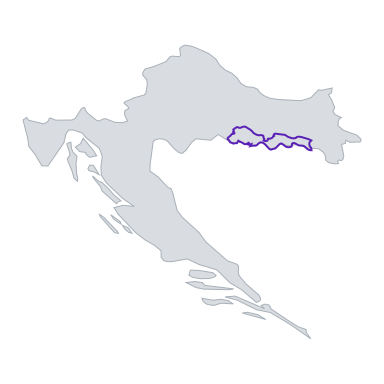 Brodsko-Posavska highlighted on a map of Croatia
{"feature_id": "HRV-1602", "entity_name": "Brodsko-Posavska", "entity_type": "County", "adm_level": 1, "iso_a3": "HRV", "parent_name": "Croatia", "parent_adm1": "", "projection": "robinson", "projection_center": [17.756, 45.221], "detail": "fine", "context": "in_parent", "style": "outline", "palette": "violet", "viewbox_px": 384, "rotation_deg": 0, "n_neighbors": 0, "source": "natural_earth", "source_scale": "10m", "svg_char_len": 6103}
<svg xmlns="http://www.w3.org/2000/svg" viewBox="0 0 384 384"><path d="M26.6,117.5L28.7,120.3L43.7,123.8L47.0,122.2L49.0,119.9L49.1,118.4L50.4,118.0L55.7,120.2L72.0,120.0L75.3,118.3L81.6,108.4L83.6,107.5L84.9,107.9L85.8,110.9L88.1,113.6L96.3,120.2L99.4,121.0L102.4,119.2L105.6,118.7L114.5,122.2L122.0,122.8L127.6,121.0L124.9,115.7L124.5,113.0L124.9,110.7L128.8,108.3L128.6,107.3L124.0,103.2L124.3,102.2L134.5,97.6L144.3,95.0L145.9,93.0L147.3,84.3L146.8,79.7L142.9,75.4L142.7,73.3L143.7,71.0L145.2,68.9L153.7,66.6L166.1,61.5L169.9,56.8L172.2,56.1L179.1,56.7L180.6,55.6L179.7,48.8L181.0,47.1L184.5,45.2L190.6,46.0L195.7,47.7L208.8,53.6L215.9,59.1L219.7,65.2L225.0,69.9L231.7,73.2L237.0,77.8L240.9,83.5L246.3,86.7L253.4,87.4L257.8,89.3L259.7,92.5L263.5,95.4L269.3,98.1L278.3,99.5L300.9,100.7L310.9,97.7L318.5,89.8L321.7,90.3L332.1,88.0L331.5,92.7L328.4,94.8L331.6,99.7L334.7,107.6L333.0,111.5L335.1,114.6L341.4,117.6L339.7,118.5L338.2,121.1L338.1,125.8L343.2,130.2L356.8,135.1L360.9,139.1L361.0,140.7L360.2,141.9L349.8,142.3L345.8,140.2L345.4,143.4L341.5,144.4L343.8,156.0L342.9,159.4L341.5,160.6L338.6,160.0L337.8,161.1L338.4,163.6L334.7,163.9L328.6,162.6L325.8,160.3L325.3,155.8L323.4,152.3L318.5,148.7L308.5,148.1L296.8,144.6L288.3,145.7L280.2,144.1L273.2,148.7L269.6,148.6L262.6,142.9L260.5,142.6L254.3,145.5L251.8,145.6L241.5,142.5L237.8,142.1L235.0,143.1L230.1,142.0L218.2,134.5L210.9,140.2L195.9,138.8L191.4,142.7L186.3,150.0L182.1,153.5L178.6,152.3L174.4,149.0L167.0,140.7L163.3,139.2L159.0,138.8L155.2,139.8L153.2,141.5L150.1,164.5L149.9,171.0L158.2,177.0L167.8,187.4L170.9,188.6L172.5,192.0L177.2,210.6L182.1,217.1L198.8,232.3L205.9,242.0L227.4,260.8L236.9,264.2L238.4,265.9L238.4,273.2L239.4,276.0L245.8,283.7L258.7,294.9L260.2,297.5L260.6,299.4L259.8,300.9L256.4,302.4L241.6,289.7L229.9,282.8L216.8,269.8L199.2,264.6L187.3,258.9L172.0,261.6L167.1,261.6L163.6,260.6L161.1,257.1L161.1,250.8L154.1,245.1L144.6,239.6L135.6,232.6L117.7,213.7L114.1,207.6L123.5,205.3L134.3,206.5L122.7,198.5L106.2,182.7L101.4,175.3L100.9,167.2L102.3,156.2L99.4,148.4L86.7,138.3L82.1,133.0L72.7,129.9L68.5,130.2L65.9,134.1L63.9,142.8L47.9,166.0L41.9,165.9L35.3,154.8L28.9,146.5L27.6,137.7L23.0,120.0L26.6,117.5ZM306.1,329.6L306.2,332.3L310.8,338.8L290.0,324.3L270.3,312.5L256.4,309.7L237.4,300.2L225.0,296.9L235.1,296.1L264.5,308.7L261.2,305.4L265.4,304.1L269.0,305.0L271.3,309.1L287.8,320.2L298.3,326.8L306.1,329.6ZM77.8,178.6L77.4,181.4L73.9,177.9L72.2,171.5L68.0,161.3L67.4,158.4L69.8,155.6L69.7,152.7L66.7,143.9L69.4,142.4L70.9,142.3L71.5,148.4L72.8,151.9L77.0,156.3L76.0,163.6L76.7,173.9L77.8,178.6ZM96.7,155.8L89.6,157.3L86.3,154.6L85.4,152.4L79.6,151.6L75.4,147.2L80.5,143.7L83.2,138.2L92.7,149.5L96.7,155.8ZM209.9,278.5L200.7,278.7L192.8,277.4L188.9,275.2L190.4,270.1L199.3,270.5L212.8,272.7L216.1,275.3L215.1,276.6L209.9,278.5ZM233.7,288.9L229.6,289.7L203.7,289.1L196.2,287.6L186.1,282.6L194.6,281.5L202.4,282.6L204.8,285.4L233.7,288.9ZM118.0,201.9L116.5,203.8L102.2,191.1L100.6,186.9L93.6,178.3L92.5,175.9L99.0,181.6L101.4,182.1L107.6,187.7L113.7,194.7L121.0,200.9L118.0,201.9ZM202.0,298.2L212.8,300.2L220.6,299.3L227.8,300.5L233.3,303.9L221.0,303.2L213.6,305.5L207.1,304.3L204.6,302.7L202.9,300.9L202.0,298.2ZM117.6,231.6L118.4,233.4L114.6,232.7L100.6,217.0L99.1,214.0L104.1,217.6L117.6,231.6ZM93.4,165.3L99.2,174.7L93.8,171.8L88.9,170.7L87.9,168.6L89.7,165.1L93.4,165.3ZM257.7,314.6L265.7,319.5L242.3,313.0L247.5,312.3L257.7,314.6ZM128.3,227.9L132.0,233.3L128.4,232.2L124.6,228.9L122.4,225.3L128.3,227.9ZM120.2,221.6L121.1,224.1L113.9,219.4L110.7,214.7L120.2,221.6Z" fill="#d9dde1" stroke="#a8b0b8" stroke-width="1"/><path d="M233.6,143.6L230.0,142.2L229.2,140.5L228.5,139.7L227.9,139.4L227.7,139.1L227.6,138.8L227.7,138.1L227.8,137.9L228.0,137.7L229.5,136.4L229.8,136.2L230.7,135.5L231.4,134.4L231.6,134.2L232.4,133.9L232.8,133.8L233.3,133.8L234.0,133.7L234.3,133.4L234.4,133.0L234.2,132.9L233.4,132.2L233.1,131.9L233.2,131.6L233.4,131.4L233.7,131.2L233.8,131.0L233.8,130.7L233.3,129.5L235.9,127.6L236.6,127.3L237.3,127.1L238.3,127.4L238.9,127.7L239.6,127.9L240.4,127.8L243.3,126.7L245.4,126.7L250.4,129.8L251.4,130.6L253.5,132.9L254.6,133.7L256.1,134.5L257.7,135.1L258.6,135.3L260.4,135.1L261.2,135.1L262.4,135.4L263.0,135.6L263.2,135.8L263.3,135.9L263.4,136.2L263.5,136.4L263.5,136.5L263.5,136.9L263.4,137.4L263.4,137.5L263.5,137.6L264.2,138.8L264.4,139.1L263.8,140.1L263.6,140.4L263.8,140.6L264.8,140.9L265.7,141.0L266.5,140.9L266.9,140.8L267.2,140.8L267.4,140.6L267.5,140.5L267.6,140.4L267.7,140.2L267.7,139.9L267.8,139.7L267.9,139.1L267.9,138.8L268.0,138.7L268.4,138.6L269.8,138.7L270.2,138.7L271.4,138.2L272.0,137.9L272.7,137.3L272.9,136.9L273.0,136.6L273.1,136.4L273.3,136.2L273.5,136.2L274.0,136.1L274.2,135.9L274.1,135.6L273.9,135.4L273.8,135.2L273.7,135.0L273.7,134.9L273.8,134.7L274.1,134.2L274.4,134.0L274.8,133.8L275.2,133.7L275.7,133.7L285.1,134.9L287.3,136.4L287.4,136.5L287.6,136.6L288.1,136.9L291.9,138.2L293.3,138.3L295.0,138.2L295.8,138.0L296.2,137.6L296.5,137.2L296.9,137.0L297.6,136.8L299.2,136.7L301.3,137.0L308.4,139.1L311.3,140.4L309.9,141.9L309.6,142.3L309.5,142.7L309.4,143.1L309.3,143.7L309.3,144.3L309.4,145.0L309.8,146.1L311.1,147.9L311.2,148.4L311.4,149.2L311.5,150.2L310.2,150.2L308.6,149.7L308.1,149.4L307.2,148.9L306.4,148.1L305.1,146.9L304.1,146.2L303.0,145.7L298.9,145.4L298.1,145.1L295.5,143.5L294.1,143.0L292.7,143.2L292.0,143.9L291.9,144.8L291.9,145.7L291.5,146.5L290.5,147.0L289.2,147.2L288.7,147.2L288.0,147.2L286.9,147.0L285.6,146.5L282.4,144.0L281.5,143.6L280.6,143.6L279.7,144.0L276.2,147.6L275.3,148.4L274.8,148.6L273.2,148.9L271.5,149.5L270.9,149.6L269.8,149.2L268.7,148.3L266.9,146.3L265.5,144.7L264.0,143.4L262.3,142.5L260.4,142.4L259.1,143.0L257.0,145.0L255.8,145.6L255.2,145.7L253.9,145.6L251.0,145.9L250.6,146.0L250.9,145.6L251.4,144.1L250.0,144.7L249.4,144.8L248.6,144.6L249.0,144.2L249.2,143.8L249.2,143.4L248.8,142.9L248.4,142.7L248.1,142.9L248.0,143.4L247.8,143.6L245.9,144.1L244.9,144.2L244.1,143.9L243.5,143.5L241.7,142.4L240.6,142.0L238.3,140.7L237.2,142.8L237.0,143.1L234.3,143.3L233.6,143.6Z" fill="none" stroke="#5b21b6" stroke-width="2"/></svg>